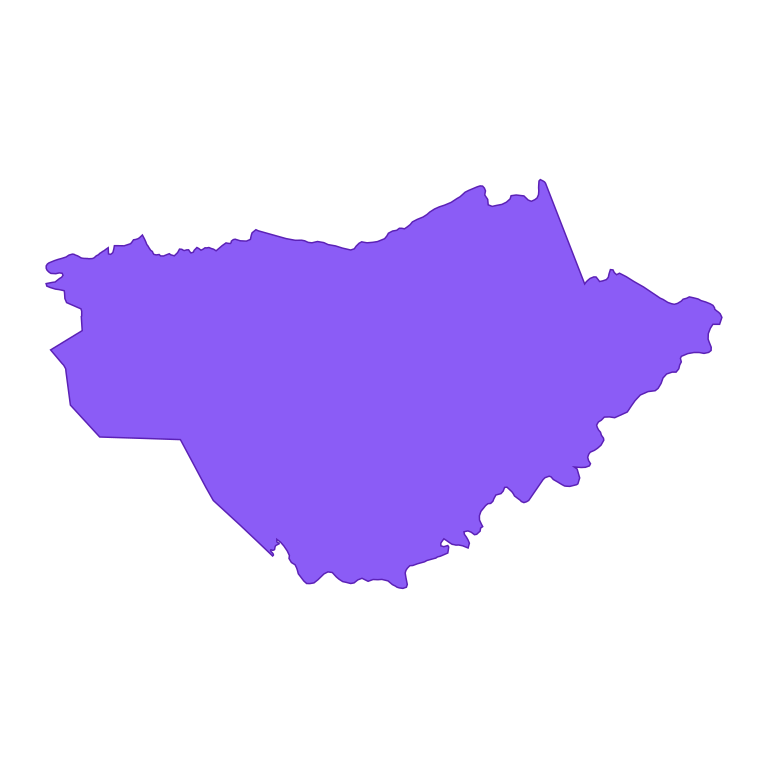 Cosautlán de Carvajal, Veracruz, Mexico
{"feature_id": "50627088B10662501501563", "entity_name": "Cosautlán de Carvajal", "entity_type": "district", "adm_level": 2, "iso_a3": "MEX", "parent_name": "Mexico", "parent_adm1": "Veracruz", "projection": "orthographic", "projection_center": [-96.973, 19.329], "detail": "fine", "context": "isolated", "style": "filled", "palette": "violet", "viewbox_px": 768, "rotation_deg": 0, "n_neighbors": 0, "source": "geoboundaries", "source_scale": "gbopen_adm2", "svg_char_len": 6056}
<svg xmlns="http://www.w3.org/2000/svg" viewBox="0 0 768 768"><path d="M714.8,309.3L714.5,307.7L713.0,305.4L710.2,303.8L705.7,302.0L701.1,300.6L698.2,299.0L694.7,298.1L691.7,297.4L689.3,296.9L686.5,298.3L683.1,299.2L681.3,301.1L677.5,303.4L674.3,304.3L671.5,303.7L667.8,302.4L663.2,299.5L660.1,298.1L643.6,287.0L634.1,281.6L626.3,276.7L619.5,273.2L616.6,274.7L614.3,272.6L613.0,269.9L610.4,269.6L609.0,274.0L608.3,277.3L606.4,279.6L602.6,280.9L599.6,281.5L597.6,278.9L596.1,277.0L593.8,276.9L590.1,278.4L587.6,280.5L586.2,281.9L584.7,284.0L566.7,237.7L552.5,201.2L545.5,183.2L544.5,181.9L543.1,181.0L540.3,179.6L539.0,181.0L538.7,185.3L538.6,187.8L538.8,191.0L538.5,194.7L537.1,197.9L534.8,199.7L531.3,201.3L528.1,200.0L526.6,198.5L523.9,195.9L516.2,195.0L511.1,195.7L510.1,198.9L506.4,202.2L501.9,204.4L496.1,205.5L492.2,206.4L488.2,204.8L487.7,199.4L486.1,197.0L484.8,195.1L485.0,193.3L485.5,190.9L484.4,188.1L482.6,186.1L480.1,185.9L477.0,186.9L471.8,189.1L468.7,190.4L465.1,192.2L462.7,194.4L460.0,196.8L457.2,198.4L451.1,202.4L444.4,205.2L439.2,206.9L434.5,209.0L429.8,212.0L427.0,214.5L423.1,217.0L417.2,219.4L412.4,221.9L410.2,224.6L407.4,226.8L404.5,228.8L401.9,228.3L399.3,228.3L396.7,230.3L392.6,231.0L388.4,233.2L386.9,235.9L384.6,238.7L380.2,240.5L377.4,241.6L372.8,242.3L367.1,242.8L363.5,242.2L361.7,241.8L359.0,243.3L356.1,246.2L354.3,248.8L350.7,250.0L342.5,248.1L335.5,245.9L328.1,244.6L323.8,242.6L319.2,241.8L317.5,241.5L311.9,242.8L308.2,242.4L304.7,240.8L301.6,240.2L295.3,240.3L286.1,238.6L258.3,230.8L255.9,229.7L252.1,232.8L251.4,234.9L250.8,237.5L250.4,239.4L246.4,241.1L244.5,241.0L240.3,240.8L237.4,239.9L236.7,239.7L235.2,239.2L233.3,239.6L231.3,241.2L231.2,242.5L230.3,243.5L227.9,243.3L226.0,242.9L224.9,243.7L222.2,245.6L216.1,250.8L213.6,249.2L211.3,248.5L208.9,247.5L206.7,247.9L205.0,247.8L203.2,249.1L201.0,250.2L198.8,248.5L196.9,247.5L194.1,250.4L193.4,252.1L191.8,252.7L190.9,252.9L189.7,251.5L188.6,249.8L186.5,249.9L184.6,250.5L183.6,250.4L181.8,249.3L179.5,249.1L177.6,252.6L174.3,255.8L170.8,254.8L169.3,253.7L167.2,254.5L163.5,256.0L160.5,255.9L159.2,254.5L156.2,254.9L153.9,254.4L153.0,253.0L152.4,251.5L150.7,250.3L148.9,247.6L148.0,246.0L146.8,244.5L145.8,241.9L145.1,240.3L144.4,238.8L142.4,235.0L140.8,236.5L139.4,237.8L137.8,238.8L135.5,239.5L133.5,239.8L132.0,242.0L130.6,243.7L127.8,244.6L124.2,245.8L117.6,245.7L114.4,245.7L114.1,247.3L113.8,249.0L113.1,251.7L112.8,252.6L111.8,253.5L110.5,254.4L108.5,253.9L108.2,247.7L105.9,249.3L104.3,250.5L103.6,251.0L102.7,251.4L100.8,252.8L99.7,253.4L98.8,254.4L97.8,255.1L96.7,255.6L95.8,256.2L94.9,257.1L94.1,257.8L93.1,258.3L92.0,258.6L90.9,258.6L89.7,258.7L88.6,258.7L87.5,258.5L86.3,258.5L85.2,258.4L84.0,258.4L81.8,258.1L80.7,257.7L79.7,257.0L77.7,255.9L77.0,255.6L75.5,255.1L74.0,254.3L72.4,254.1L68.9,255.1L66.1,257.0L61.8,258.4L58.1,259.4L54.5,260.6L48.9,262.9L47.4,264.0L46.2,265.9L46.2,268.3L47.0,270.1L48.7,271.9L50.1,272.9L50.9,273.4L55.8,273.7L59.3,272.9L62.2,273.3L63.0,275.3L61.6,277.3L59.5,278.5L57.4,280.2L55.1,282.0L52.2,282.4L46.1,283.6L46.8,286.1L50.2,287.5L55.4,289.1L59.1,289.6L64.2,290.7L64.5,292.6L64.9,298.6L66.6,302.6L66.9,302.7L70.0,304.1L74.2,305.9L77.1,307.2L80.9,308.8L81.2,309.7L81.4,310.2L81.7,311.2L81.7,311.8L81.7,315.8L81.5,316.4L81.3,316.5L82.2,330.6L50.6,349.9L62.0,363.4L63.7,365.2L65.7,368.8L66.0,371.8L70.4,405.1L85.0,421.0L99.7,437.0L141.2,438.3L180.4,439.6L194.2,465.4L206.0,487.6L213.3,500.5L240.5,525.5L257.0,541.1L272.6,556.0L273.4,555.2L273.4,554.5L273.1,553.8L272.4,552.8L271.5,552.0L270.9,551.2L270.6,550.5L270.7,549.9L271.5,549.8L272.5,550.3L273.3,550.2L274.1,549.9L274.6,549.5L274.8,548.3L275.0,547.2L275.4,546.1L276.0,545.4L277.0,544.9L279.1,543.8L279.1,543.2L278.2,542.8L277.4,542.4L276.9,541.9L276.8,541.0L276.8,539.3L280.6,542.2L283.9,546.0L287.2,550.9L289.4,555.5L289.0,558.5L291.4,562.5L295.1,564.8L296.6,567.9L297.4,570.3L298.3,573.8L300.0,576.0L301.9,578.5L303.8,581.0L306.6,583.5L309.8,583.6L314.0,582.9L317.9,579.8L324.0,573.9L327.9,571.9L332.3,572.5L334.1,574.5L336.3,576.9L339.0,579.2L342.7,581.6L346.0,582.3L347.5,582.7L350.7,583.5L354.1,582.9L357.8,579.9L362.0,578.3L368.1,581.3L373.1,579.5L377.9,579.7L381.9,579.4L388.0,580.9L392.4,584.6L395.4,586.1L397.0,587.2L399.3,587.9L402.9,588.4L406.4,587.2L407.3,584.5L405.9,577.4L405.2,573.0L405.9,570.5L407.3,568.3L409.8,565.7L412.8,565.5L417.4,563.8L424.6,561.8L426.9,560.5L431.2,559.3L434.1,558.5L435.8,558.1L437.5,556.9L440.1,556.3L442.5,555.3L447.8,553.0L448.2,550.6L448.7,547.0L447.8,545.5L443.8,546.7L440.9,545.8L440.8,543.2L441.9,541.5L443.9,538.8L446.6,540.6L450.0,543.0L452.1,544.3L453.9,544.6L455.9,545.1L458.7,545.0L462.7,545.8L468.1,548.0L469.4,543.2L468.0,539.9L466.4,537.1L464.4,534.3L464.0,531.8L467.9,530.9L471.2,532.2L474.5,534.7L476.7,534.3L478.3,532.8L480.1,531.2L480.6,528.1L482.7,526.6L481.4,524.1L480.5,522.2L479.5,520.0L479.4,515.8L480.9,511.4L485.6,505.6L487.9,503.7L490.7,503.4L492.9,501.3L493.9,498.7L495.9,495.0L501.0,493.6L503.2,491.1L504.6,487.4L507.0,487.2L511.8,491.7L513.2,493.6L514.5,496.0L520.4,500.4L521.3,501.5L523.9,502.6L526.7,501.7L527.1,501.4L528.7,500.5L543.0,479.7L545.0,477.7L549.2,476.2L551.1,476.9L553.3,479.5L557.7,482.0L560.1,483.5L561.8,484.5L564.6,486.0L566.3,486.2L569.8,486.4L576.6,484.7L577.9,483.8L579.7,477.9L577.5,470.3L577.2,469.1L574.3,467.0L581.1,467.5L585.4,467.3L589.4,465.9L590.5,463.7L588.6,460.6L587.7,457.3L588.7,454.3L590.2,452.2L594.5,450.3L597.6,448.2L601.0,445.2L603.8,440.2L603.5,438.2L601.4,435.2L600.5,432.2L598.5,429.8L597.3,427.4L596.6,425.1L598.4,422.0L601.3,420.2L604.3,417.1L609.5,416.9L614.7,417.7L627.3,412.0L631.5,405.7L635.1,400.6L640.3,395.0L648.0,391.6L655.2,390.7L658.1,388.4L661.1,383.4L663.0,378.0L666.6,374.0L672.2,372.1L676.1,372.1L678.8,368.8L679.7,365.0L681.3,361.9L680.4,358.3L681.4,356.3L687.8,353.6L694.0,352.5L699.2,352.5L704.0,353.4L708.7,352.4L711.1,350.5L711.2,347.2L709.2,342.2L708.1,339.1L708.3,333.6L710.4,328.2L712.9,324.3L719.6,324.3L721.9,317.4L720.2,313.8L718.5,312.2L716.6,310.8L714.8,309.3Z" fill="#8b5cf6" stroke="#5b21b6" stroke-width="1.5"/></svg>